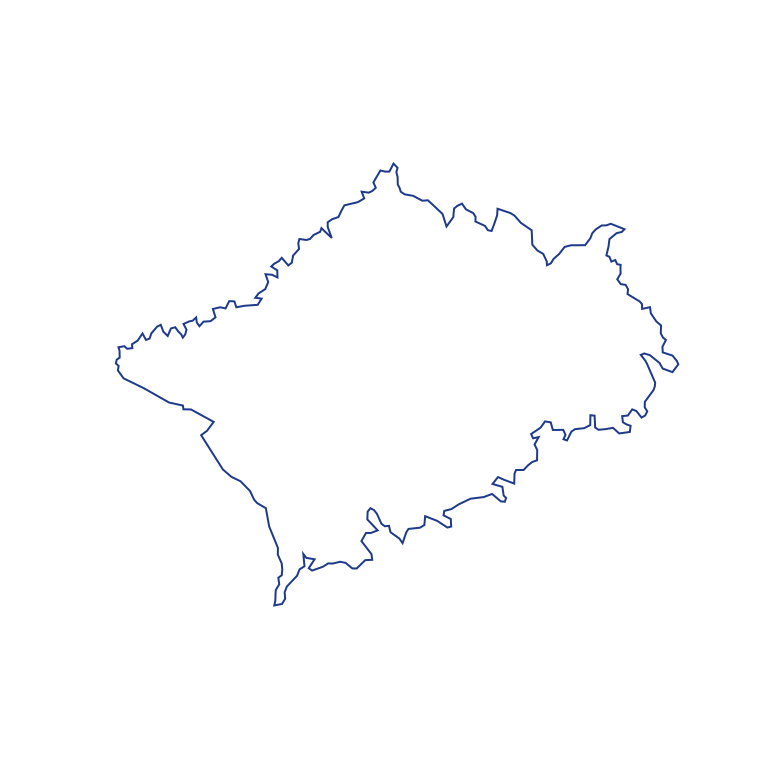 outline of Jari, Rio Grande do Sul, Brazil, rotated 207°
{"feature_id": "56859067B68969944095338", "entity_name": "Jari", "entity_type": "district", "adm_level": 2, "iso_a3": "BRA", "parent_name": "Brazil", "parent_adm1": "Rio Grande do Sul", "projection": "robinson", "projection_center": [-54.306, -29.276], "detail": "fine", "context": "isolated", "style": "outline", "palette": "blue", "viewbox_px": 768, "rotation_deg": 207, "n_neighbors": 0, "source": "geoboundaries", "source_scale": "gbopen_adm2", "svg_char_len": 3946}
<svg xmlns="http://www.w3.org/2000/svg" viewBox="0 0 768 768"><g transform="rotate(207 384 384)"><path d="M240.0,631.1L254.7,629.7L258.0,626.2L262.0,624.1L265.5,617.9L266.9,612.8L266.3,607.8L267.8,599.0L280.5,592.4L285.3,588.1L287.0,579.3L289.7,572.5L290.1,567.3L292.7,563.8L294.7,567.2L301.2,572.2L308.0,572.6L315.1,575.5L322.2,588.0L335.1,589.7L344.3,593.3L348.9,593.7L362.4,591.7L359.8,585.7L358.7,578.5L357.6,569.2L361.3,568.2L365.7,570.7L376.3,570.3L378.3,574.5L382.1,576.8L390.2,576.8L396.4,580.1L399.4,576.3L401.2,572.2L399.5,567.8L398.0,564.2L399.8,552.7L409.1,562.1L423.5,566.3L428.3,567.6L433.1,564.7L443.4,564.9L451.6,562.4L456.3,562.9L459.4,566.0L462.3,568.0L465.9,574.7L469.2,578.4L470.1,582.8L475.6,584.7L475.6,575.7L479.3,573.8L484.1,572.6L485.0,558.8L480.4,555.1L482.0,550.8L484.4,547.6L491.2,545.2L485.9,540.4L489.8,534.2L500.4,525.2L500.6,519.0L500.4,512.1L505.0,507.3L507.6,502.5L505.4,498.3L496.9,490.4L506.8,493.3L510.5,494.5L510.0,490.6L514.4,484.8L515.8,479.6L518.5,477.1L525.2,474.8L524.3,470.5L521.0,465.8L523.3,457.1L521.2,450.2L523.1,446.2L532.4,450.0L533.4,445.9L536.5,441.2L537.8,437.5L530.7,436.8L527.3,430.6L533.4,430.5L539.4,428.0L533.4,422.2L532.9,414.6L536.9,407.8L537.8,402.4L531.8,404.5L532.5,397.2L537.8,394.0L543.9,390.3L550.4,385.3L554.8,389.7L559.5,387.6L559.5,379.4L564.8,378.0L570.5,373.2L564.4,366.9L567.1,361.2L573.1,357.6L574.7,351.7L578.7,353.8L581.6,358.0L583.2,353.6L586.1,351.2L589.9,346.5L584.6,342.7L583.6,337.9L584.3,334.0L587.1,336.1L591.2,337.4L595.8,339.8L599.1,336.7L598.5,328.6L604.3,330.4L609.8,335.4L612.2,332.1L614.3,323.4L613.5,318.1L616.1,315.2L622.1,319.4L623.2,310.8L626.6,305.0L624.5,301.7L628.8,298.8L632.5,299.8L637.3,296.2L634.8,293.7L631.5,287.5L633.2,284.3L632.2,280.6L628.6,279.6L627.3,275.3L618.6,270.8L595.8,271.2L567.2,269.9L553.4,273.5L551.2,270.4L544.4,273.7L518.6,272.9L520.4,262.0L523.7,255.4L488.8,234.7L477.8,232.0L467.7,232.2L454.7,227.8L447.3,222.0L443.0,220.3L432.9,219.7L421.6,204.9L404.0,189.7L401.2,183.8L393.6,177.6L390.4,172.5L388.3,167.2L390.2,163.4L386.4,158.0L386.9,151.5L385.4,147.8L382.4,141.5L381.2,136.9L375.0,141.7L374.6,147.9L378.0,153.4L378.6,159.5L374.4,173.8L375.1,180.5L372.1,185.5L378.7,195.9L374.3,193.8L366.3,196.3L367.4,185.7L363.4,185.1L355.5,193.4L352.3,198.8L348.2,200.7L342.4,205.7L337.0,207.2L328.5,205.3L324.6,207.2L320.7,218.6L314.7,222.0L317.9,226.7L332.8,233.8L332.4,243.2L328.3,245.1L323.2,250.7L337.4,255.8L340.6,262.8L339.7,267.2L335.7,267.1L331.5,265.2L322.8,258.3L318.7,257.6L315.2,259.9L310.9,254.9L300.0,253.2L295.2,250.6L296.8,261.9L296.4,266.0L286.7,272.3L284.0,276.6L287.3,284.9L274.5,286.2L262.3,284.9L259.4,287.5L263.2,294.0L271.3,294.0L272.7,298.3L267.2,303.1L262.7,310.8L254.8,321.1L243.7,328.6L237.8,335.1L226.8,332.5L222.9,333.9L223.5,337.9L226.8,339.0L231.8,346.1L241.9,344.2L240.2,352.8L233.1,353.2L222.8,354.4L227.0,363.4L227.3,367.3L220.6,370.7L218.8,376.8L216.6,381.7L213.0,385.5L217.5,394.7L222.4,398.5L222.1,406.9L226.5,403.3L230.2,406.2L224.7,416.1L223.5,423.8L218.0,425.5L212.7,419.7L203.5,424.5L199.2,421.1L199.0,416.3L195.3,416.8L195.4,426.7L193.3,430.5L185.6,435.5L181.6,441.0L185.9,449.9L182.0,451.4L176.1,441.1L172.1,440.6L166.2,444.3L160.0,448.9L152.0,446.7L143.2,452.9L145.3,458.7L149.8,458.1L153.8,458.4L157.2,463.5L152.4,466.6L151.3,474.1L146.9,474.5L139.3,471.0L137.0,474.5L137.0,479.1L141.1,481.6L143.5,486.5L141.1,501.0L141.6,504.8L143.0,508.3L158.7,521.3L161.7,523.4L168.4,526.5L165.9,529.4L160.2,530.4L148.2,527.9L142.7,524.3L132.4,525.5L130.7,535.1L133.6,537.5L139.9,540.3L150.0,538.7L152.8,543.6L152.8,551.2L156.6,552.1L160.4,554.8L163.7,561.9L169.8,563.4L178.3,568.1L181.9,573.2L188.1,568.1L190.5,572.4L193.6,573.6L207.9,574.7L209.5,579.2L213.7,582.0L218.4,580.5L223.7,583.2L223.3,589.8L225.3,593.4L227.3,597.6L230.6,596.6L234.2,599.4L237.0,596.3L240.9,599.7L244.2,599.5L246.4,608.5L248.9,615.5L245.3,623.9L241.2,627.4L240.0,631.1Z" fill="none" stroke="#1e3a8a" stroke-width="2"/></g></svg>